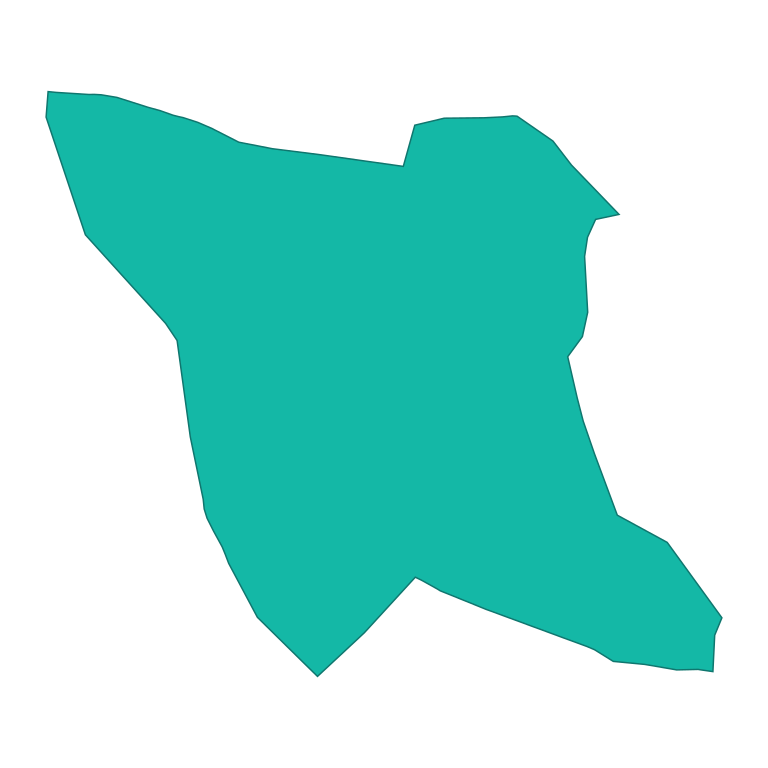 Zapotitlán Palmas, Oaxaca, Mexico (Mercator projection)
{"feature_id": "50627088B57501900146660", "entity_name": "Zapotitlán Palmas", "entity_type": "district", "adm_level": 2, "iso_a3": "MEX", "parent_name": "Mexico", "parent_adm1": "Oaxaca", "projection": "mercator", "projection_center": [-97.834, 17.881], "detail": "fine", "context": "isolated", "style": "filled", "palette": "teal", "viewbox_px": 768, "rotation_deg": 0, "n_neighbors": 0, "source": "geoboundaries", "source_scale": "gbopen_adm2", "svg_char_len": 1056}
<svg xmlns="http://www.w3.org/2000/svg" viewBox="0 0 768 768"><path d="M502.6,116.9L483.9,117.8L444.2,118.2L414.8,125.2L403.3,166.4L361.2,160.5L320.8,154.8L272.3,148.7L238.8,142.2L213.7,129.4L212.7,128.8L197.9,122.4L183.1,117.6L178.9,116.7L173.0,115.2L160.3,110.7L148.0,107.3L116.9,97.4L101.3,94.8L94.2,94.4L89.0,94.5L56.1,92.4L48.1,91.6L46.1,117.1L85.4,234.8L120.5,273.6L165.6,323.4L177.1,340.5L190.3,436.9L203.2,499.2L204.2,509.0L207.1,518.3L213.5,531.0L222.2,546.9L225.2,554.2L228.7,563.4L257.4,617.3L301.7,660.9L317.5,676.4L364.3,632.8L415.3,577.2L421.1,580.0L437.5,589.1L440.2,590.8L479.3,606.6L485.9,609.3L489.5,610.6L532.6,626.5L556.8,635.4L564.6,638.3L587.0,646.5L594.5,649.7L613.3,661.4L644.7,664.4L676.7,669.9L698.1,669.4L701.1,669.9L712.9,671.6L714.7,635.2L721.9,617.8L667.2,542.4L617.3,515.2L594.4,453.6L583.2,421.1L577.2,397.9L567.7,356.7L582.4,336.6L587.7,312.3L584.6,256.4L587.5,237.3L595.6,219.4L619.0,214.4L571.4,165.0L553.0,141.1L517.1,116.2L514.9,116.0L512.4,115.9L502.6,116.9Z" fill="#14b8a6" stroke="#0f766e" stroke-width="1.5"/></svg>